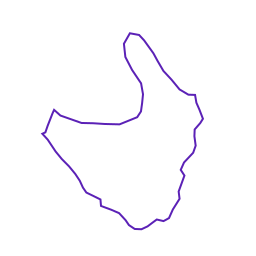 Uddevalla, Västra Götaland, Sweden, rotated 114°
{"feature_id": "70781695B49447773116889", "entity_name": "Uddevalla", "entity_type": "district", "adm_level": 2, "iso_a3": "SWE", "parent_name": "Sweden", "parent_adm1": "Västra Götaland", "projection": "orthographic", "projection_center": [11.898, 58.309], "detail": "fine", "context": "isolated", "style": "outline", "palette": "violet", "viewbox_px": 256, "rotation_deg": 114, "n_neighbors": 0, "source": "geoboundaries", "source_scale": "gbopen_adm2", "svg_char_len": 922}
<svg xmlns="http://www.w3.org/2000/svg" viewBox="0 0 256 256"><g transform="rotate(114 128 128)"><path d="M168.1,203.9L171.3,196.6L178.9,184.6L183.3,175.8L187.0,166.3L191.4,157.5L195.8,150.6L200.8,144.9L203.9,139.8L204.5,124.1L210.1,121.0L210.2,120.9L209.5,110.3L209.4,101.5L213.2,92.7L216.3,87.7L217.5,80.8L215.0,74.5L209.9,70.1L204.3,67.0L199.9,64.5L198.6,57.7L196.3,55.9L193.6,53.9L184.2,53.9L171.7,52.1L165.4,55.9L148.5,57.1L147.0,59.4L144.8,62.8L136.7,62.8L124.1,58.4L116.6,59.0L108.5,64.0L102.2,66.5L94.1,64.0L89.1,63.3L82.2,70.2L77.1,75.8L70.5,80.2L73.0,86.4L71.8,96.6L66.1,108.0L61.5,118.8L54.6,128.4L49.4,135.2L41.4,148.9L38.5,155.7L40.7,164.8L52.7,166.0L64.2,159.3L73.3,147.9L81.9,134.2L91.1,128.0L99.6,125.2L107.6,122.9L114.4,124.0L128.1,137.2L133.8,150.9L137.8,161.7L142.3,172.5L144.1,194.8L141.5,202.9L145.5,202.9L158.7,202.3L165.6,201.7L168.1,203.9Z" fill="none" stroke="#5b21b6" stroke-width="2"/></g></svg>